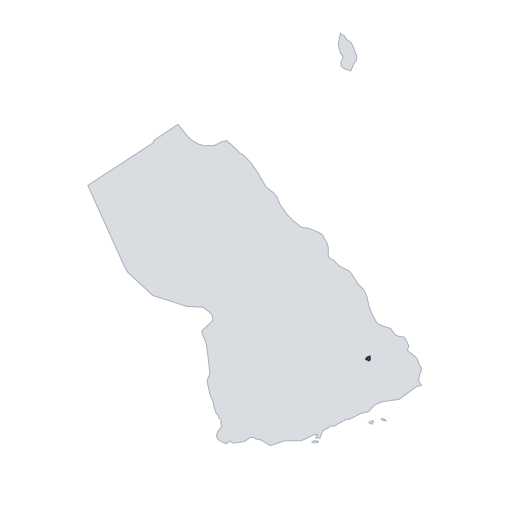 location of Jahaf, Al Dali', Yemen, rotated 256°
{"feature_id": "15242507B12481598225051", "entity_name": "Jahaf", "entity_type": "district", "adm_level": 2, "iso_a3": "YEM", "parent_name": "Yemen", "parent_adm1": "Al Dali'", "projection": "equal_earth", "projection_center": [44.673, 13.731], "detail": "fine", "context": "in_parent", "style": "filled", "palette": "slate", "viewbox_px": 512, "rotation_deg": 256, "n_neighbors": 0, "source": "geoboundaries", "source_scale": "gbopen_adm2", "svg_char_len": 3607}
<svg xmlns="http://www.w3.org/2000/svg" viewBox="0 0 512 512"><g transform="rotate(256 256 256)"><path d="M402.6,212.1L386.4,219.8L382.1,223.3L378.2,227.6L375.4,232.9L373.4,242.3L375.1,250.9L375.0,255.5L370.8,258.5L366.9,260.7L362.5,264.0L359.9,264.9L357.7,267.6L355.2,269.4L346.1,274.3L336.1,278.0L320.3,282.5L314.2,287.4L308.6,290.7L300.1,291.7L288.5,296.3L282.0,300.1L274.0,306.1L272.2,308.0L270.8,312.5L268.4,316.3L263.6,322.6L260.0,325.9L257.5,326.0L252.8,327.8L247.2,328.2L237.8,326.0L235.4,327.5L233.4,330.0L226.2,334.3L218.8,342.9L213.5,345.2L204.7,348.0L198.6,351.6L194.5,353.0L189.3,353.8L179.5,353.4L170.2,354.7L161.6,357.2L157.6,361.8L153.0,369.1L145.5,372.1L143.7,374.8L141.4,380.2L136.5,381.6L132.1,382.5L127.6,380.1L119.1,386.6L115.9,387.7L111.0,388.0L107.6,389.4L105.1,389.0L102.0,386.4L95.4,383.3L90.6,385.3L90.2,379.2L82.3,360.3L84.0,343.9L84.0,341.6L82.4,334.3L77.7,327.6L77.9,319.1L76.3,313.1L75.0,306.9L75.5,305.2L75.5,303.7L73.1,294.1L72.3,292.2L72.0,290.2L72.8,288.6L72.8,286.9L71.5,283.9L70.2,278.3L63.8,274.0L65.1,269.9L66.3,271.3L68.0,272.5L68.4,269.9L68.4,267.9L65.8,255.5L69.8,239.0L68.5,224.1L74.6,218.1L76.2,216.3L77.1,214.8L78.5,211.4L80.5,210.3L81.2,206.7L81.1,204.9L79.9,203.4L78.9,199.2L79.3,194.0L79.6,191.8L80.2,187.8L82.4,186.3L82.9,185.1L81.2,182.6L81.4,181.1L85.0,176.8L86.4,175.5L88.8,174.2L90.6,174.2L92.7,175.0L94.6,176.2L96.4,178.3L98.3,180.8L101.3,181.7L103.3,181.5L104.9,182.6L106.3,182.0L107.9,180.7L110.4,180.8L112.7,179.3L119.1,178.7L125.3,179.1L131.8,177.9L138.3,178.0L144.8,178.1L146.3,178.3L147.7,179.0L153.2,182.8L157.4,183.5L165.8,184.6L174.8,185.7L182.5,186.6L189.1,185.7L194.6,185.0L196.1,185.1L197.7,187.5L201.0,193.3L204.2,198.7L209.6,199.0L213.1,197.0L216.9,194.1L219.3,191.8L221.9,182.9L223.6,177.2L227.6,170.7L231.0,165.3L235.4,158.1L237.8,154.2L242.6,146.3L247.3,143.3L256.2,137.4L264.9,131.7L270.6,127.9L275.5,126.2L283.6,124.7L293.2,123.0L302.8,121.2L312.9,119.4L324.3,117.3L332.1,115.9L342.0,114.1L350.3,112.6L357.6,111.3L365.2,109.9L366.7,114.2L368.2,118.6L369.7,122.9L371.2,127.2L372.7,131.6L374.2,135.9L375.7,140.3L377.2,144.6L378.7,148.9L380.2,153.3L381.7,157.6L383.2,162.0L384.7,166.3L386.2,170.7L387.7,175.0L389.2,179.4L390.6,183.6L393.0,185.0L394.4,189.1L396.5,194.8L398.5,200.6L400.6,206.3L402.6,212.1ZM427.2,388.1L429.2,388.6L432.3,387.1L441.1,386.9L451.8,391.8L449.8,393.1L448.6,394.8L444.0,396.5L439.4,400.2L425.9,402.1L422.0,401.1L418.7,397.4L412.6,392.6L414.9,389.6L415.4,388.2L416.3,386.9L419.7,384.6L423.1,385.0L427.2,388.1ZM67.8,329.3L67.4,330.3L66.8,330.1L64.8,327.7L67.0,325.1L68.2,327.5L67.8,329.3ZM61.6,270.9L60.6,271.8L60.2,270.1L60.9,266.3L62.0,265.2L62.7,268.0L62.2,269.6L61.6,270.9ZM66.8,341.1L64.6,342.4L66.1,338.9L67.6,338.2L68.0,338.4L66.8,341.1Z" fill="#d9dde1" stroke="#a8b0b8" stroke-width="1"/><path d="M127.4,339.8L127.2,340.8L127.4,341.0L127.5,341.0L127.8,341.2L127.9,341.3L128.0,341.3L128.1,341.5L128.4,341.7L129.2,341.9L129.2,342.0L129.3,342.0L129.5,342.0L129.8,342.0L130.4,342.1L130.9,342.1L131.2,342.1L131.1,341.8L131.0,341.7L130.9,341.4L130.8,341.2L130.7,341.2L130.4,341.0L130.4,340.9L130.4,340.7L130.5,340.6L130.5,340.4L130.7,340.5L130.8,340.6L130.9,340.4L130.9,340.2L130.9,339.9L130.8,339.7L130.7,339.6L130.7,339.4L130.6,339.2L130.4,338.9L130.3,338.7L130.2,338.7L130.0,338.4L129.9,338.4L129.9,338.2L129.7,338.0L129.6,337.9L129.4,337.7L129.2,337.7L129.1,337.8L128.9,337.9L128.9,338.0L128.7,338.1L128.7,338.3L128.8,338.5L128.8,338.8L128.7,339.0L128.7,339.3L128.4,339.3L128.2,339.4L128.2,339.5L127.9,339.6L127.8,339.8L127.7,339.9L127.4,339.8Z" fill="#64748b" stroke="#1e293b" stroke-width="1.5"/></g></svg>